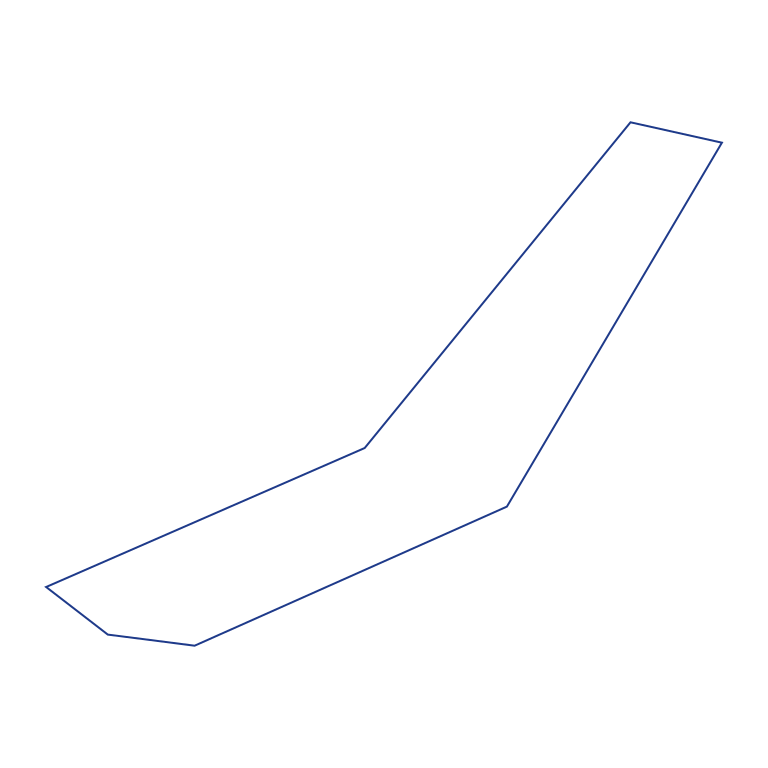 an SVG outline of Bermuda
{"feature_id": "BMU", "entity_name": "Bermuda", "entity_type": "country or territory", "adm_level": 0, "iso_a3": "BMU", "parent_name": "North America", "parent_adm1": "", "projection": "albers", "projection_center": [-64.765, 32.323], "detail": "fine", "context": "isolated", "style": "outline", "palette": "blue", "viewbox_px": 768, "rotation_deg": 0, "n_neighbors": 0, "source": "natural_earth", "source_scale": "50m", "svg_char_len": 222}
<svg xmlns="http://www.w3.org/2000/svg" viewBox="0 0 768 768"><path d="M506.9,506.6L194.6,645.7L107.8,634.6L46.1,587.0L364.7,448.0L630.5,122.3L721.9,142.7L506.9,506.6Z" fill="none" stroke="#1e3a8a" stroke-width="2"/></svg>